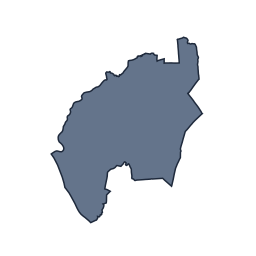 outline of Cang Long, Trà Vinh, Vietnam, rotated 192°
{"feature_id": "81297802B14177599577280", "entity_name": "Cang Long", "entity_type": "district", "adm_level": 2, "iso_a3": "VNM", "parent_name": "Vietnam", "parent_adm1": "Trà Vinh", "projection": "equal_earth", "projection_center": [106.203, 9.971], "detail": "fine", "context": "isolated", "style": "filled", "palette": "slate", "viewbox_px": 256, "rotation_deg": 192, "n_neighbors": 0, "source": "geoboundaries", "source_scale": "gbopen_adm2", "svg_char_len": 5729}
<svg xmlns="http://www.w3.org/2000/svg" viewBox="0 0 256 256"><g transform="rotate(192 128 128)"><path d="M177.3,56.6L176.8,56.3L172.2,52.3L170.4,50.3L164.2,43.1L161.3,39.2L159.8,37.4L158.0,35.5L155.9,33.8L153.5,32.5L152.7,32.1L151.7,31.7L146.9,29.1L144.8,27.7L140.3,31.1L139.8,31.3L139.6,31.7L139.4,32.1L138.9,33.9L139.1,34.2L139.4,35.2L138.6,35.1L137.7,35.2L137.4,35.3L137.3,35.6L137.1,36.6L137.0,37.4L136.1,37.5L135.7,38.5L136.2,39.3L135.5,40.2L136.4,42.5L135.7,44.3L135.5,45.3L135.4,46.8L135.6,47.5L135.7,47.8L136.6,48.5L135.9,48.8L133.7,50.2L133.9,52.2L135.0,58.0L134.7,58.6L132.2,62.4L135.3,63.3L135.8,63.4L138.1,63.6L138.1,65.3L138.2,67.4L138.2,74.3L138.3,76.6L138.5,77.9L138.8,80.0L138.7,80.6L138.5,81.1L136.6,83.7L136.1,84.2L133.9,85.3L133.3,85.8L132.7,86.4L132.3,86.9L131.4,88.6L131.3,88.8L131.2,88.9L131.0,89.0L127.0,89.0L125.2,92.0L124.7,93.6L124.3,94.1L124.2,94.2L123.9,94.2L123.4,93.9L122.8,93.7L122.7,93.6L122.6,92.6L122.7,92.3L122.8,91.7L122.7,91.6L122.5,91.4L122.2,91.2L121.6,91.1L121.4,91.2L120.9,92.0L120.3,92.9L120.1,93.1L119.5,92.8L117.6,90.1L116.7,89.1L116.3,88.5L116.1,88.0L115.7,86.3L115.4,85.2L114.6,83.0L114.2,81.9L114.0,80.4L113.8,79.8L113.7,79.5L113.5,79.4L113.4,79.3L112.1,79.2L111.8,79.1L110.7,78.2L110.4,78.1L110.2,78.1L109.0,78.7L108.3,79.0L107.8,79.1L102.2,80.7L100.3,81.3L98.4,81.8L96.7,82.3L95.3,82.7L94.9,82.9L94.5,83.1L93.5,83.2L83.6,86.0L81.0,84.4L73.3,80.1L73.2,81.0L73.2,83.4L73.1,87.2L73.2,92.2L73.1,98.5L73.0,99.1L72.7,100.6L72.4,102.6L72.1,103.9L71.7,105.4L71.1,108.1L70.9,108.9L70.6,109.7L70.6,109.9L71.2,113.0L71.4,114.0L71.6,115.1L71.6,115.6L71.4,116.2L71.4,116.4L71.5,116.7L72.1,117.7L72.3,118.1L72.4,118.4L72.4,118.8L72.4,120.6L72.1,124.3L72.0,125.1L71.9,127.3L71.8,129.2L71.7,130.4L71.6,131.7L71.3,136.1L71.1,136.7L70.8,137.3L69.9,138.7L68.9,140.6L67.7,142.9L67.3,143.7L66.6,144.8L65.6,146.8L64.1,149.2L58.9,156.8L58.7,157.1L58.3,157.5L58.8,157.8L60.1,159.4L63.7,163.0L65.4,164.5L67.4,166.2L69.0,167.6L69.3,168.0L70.9,169.4L76.7,174.2L76.3,175.0L76.0,174.8L75.0,177.1L74.8,177.3L72.9,181.8L71.4,185.2L68.9,190.4L68.7,190.5L69.0,191.7L69.4,192.8L69.8,194.2L70.0,194.6L70.4,195.6L71.3,198.8L71.8,200.4L72.3,202.5L73.1,204.1L73.2,204.4L73.3,205.4L73.3,206.3L73.4,207.0L73.4,207.7L74.0,209.4L74.0,209.6L73.8,210.9L73.8,211.6L73.9,211.9L75.1,213.4L75.5,214.0L75.9,215.2L76.2,216.4L76.5,217.2L77.3,219.3L77.9,221.4L78.6,222.2L79.0,222.9L79.7,223.7L80.3,224.2L81.1,224.0L82.9,223.9L83.2,223.8L83.7,223.4L84.2,223.2L84.5,223.2L84.9,223.2L85.9,223.6L86.1,223.5L87.1,223.1L87.6,223.7L87.6,223.9L87.7,224.3L87.7,225.0L87.6,225.5L87.5,225.8L87.5,226.1L87.7,226.5L87.9,226.7L88.6,227.4L89.3,227.9L89.7,227.9L89.9,228.1L91.2,228.1L92.2,228.3L92.6,228.3L93.3,227.5L93.7,227.2L95.7,226.2L96.8,225.4L97.3,225.4L97.7,225.3L98.2,224.8L98.0,224.4L97.7,223.6L96.5,219.8L96.1,218.5L96.1,218.2L94.7,213.7L94.0,211.1L93.6,209.9L92.7,206.8L92.2,205.2L91.4,202.3L93.1,201.8L96.2,201.1L98.8,200.7L105.1,199.3L106.1,198.9L106.6,201.2L106.7,201.5L107.0,203.2L109.9,201.7L112.5,200.3L113.4,199.5L113.9,200.7L114.1,201.4L114.6,205.1L115.9,205.0L117.1,204.9L117.7,205.3L118.0,205.4L118.2,205.6L118.4,205.8L118.5,206.3L119.3,206.3L119.9,206.2L120.3,206.1L120.8,205.8L121.5,205.2L121.6,204.9L122.4,204.9L126.4,204.7L126.5,204.6L126.5,204.3L127.5,203.9L127.7,203.3L129.1,202.6L129.3,202.4L129.1,201.6L130.0,200.8L130.2,201.6L132.2,200.5L132.7,200.2L132.7,200.3L133.2,200.0L133.3,200.3L133.7,199.9L133.6,198.7L136.2,196.4L138.0,195.3L139.2,194.8L140.2,194.5L141.5,193.8L141.5,192.2L140.9,188.9L140.9,188.4L141.2,187.4L141.6,186.5L141.9,186.0L142.4,185.0L142.9,184.1L143.6,182.8L144.1,181.6L144.3,180.9L144.5,180.5L145.1,180.0L145.3,179.5L145.8,179.0L146.0,178.6L146.2,178.4L146.3,178.3L146.5,178.3L147.1,178.5L147.3,178.4L147.4,178.0L147.4,177.7L147.3,176.8L147.4,176.6L147.9,176.3L148.6,176.5L148.9,176.7L149.0,176.7L149.5,176.2L149.9,176.2L150.5,177.0L150.8,177.1L151.3,176.8L151.6,176.7L151.8,176.5L152.1,176.4L152.3,176.5L152.8,177.1L153.0,177.4L153.5,177.7L154.5,178.1L154.9,178.2L155.7,178.3L156.5,178.2L156.7,178.4L156.9,178.5L157.1,179.0L157.2,179.3L157.4,179.4L157.6,179.4L158.1,178.9L158.9,178.5L159.3,178.4L159.8,178.4L160.3,178.5L160.4,178.3L160.8,177.9L161.1,177.3L161.1,177.0L161.1,176.7L160.6,175.7L160.3,175.1L159.7,173.9L159.6,173.4L159.1,172.2L158.8,171.6L158.7,171.2L158.7,170.9L159.1,170.5L160.0,170.4L160.3,170.2L160.8,169.9L161.2,169.5L162.1,168.1L163.1,166.3L163.9,164.5L164.2,163.9L164.9,163.0L165.3,162.5L165.8,162.1L166.3,161.8L167.4,161.4L167.7,161.2L170.4,158.6L170.9,157.6L172.1,156.3L172.7,155.8L173.3,155.5L174.3,155.1L175.9,154.5L177.9,153.5L178.3,153.2L178.6,152.8L179.4,151.3L179.9,150.3L180.0,149.6L180.0,149.1L179.2,147.7L179.1,147.1L179.1,146.4L179.4,146.0L179.8,145.5L180.7,144.6L181.6,143.9L182.9,143.4L184.2,142.8L185.0,142.3L185.8,141.5L186.1,141.1L186.3,140.7L186.5,139.3L186.7,137.6L186.8,137.1L186.9,136.8L187.1,136.3L187.4,135.8L188.1,135.0L188.4,134.5L188.5,134.3L188.4,133.9L188.3,133.6L187.5,131.9L187.5,131.4L187.6,130.1L187.8,129.5L188.2,128.8L188.4,128.4L189.3,127.5L189.6,127.0L189.7,126.7L189.7,125.9L189.1,124.2L189.1,123.2L189.2,122.9L189.4,122.3L189.9,121.5L190.3,120.7L190.4,120.3L190.5,119.4L190.6,118.6L191.3,116.6L191.5,116.1L191.5,115.6L191.4,115.0L191.3,113.3L191.3,112.5L191.4,111.6L191.7,110.6L193.0,108.7L194.0,107.0L194.4,105.6L194.4,104.9L194.3,104.0L193.7,102.0L192.9,100.8L192.5,100.2L192.2,100.0L190.6,99.1L189.3,98.3L188.2,97.3L187.5,96.5L187.0,95.8L186.6,94.9L186.5,94.2L186.5,93.3L186.6,92.8L187.0,92.1L187.3,91.6L188.0,91.0L188.9,90.8L189.4,90.7L191.8,90.8L192.8,90.8L193.4,90.5L194.2,90.1L195.1,89.3L196.9,87.5L197.7,86.6L194.3,83.4L189.2,77.2L182.1,66.3L179.2,60.9L177.3,56.6Z" fill="#64748b" stroke="#1e293b" stroke-width="1.5"/></g></svg>